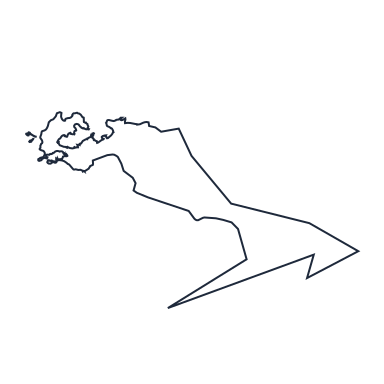 Garðabær, Reykjavík, Iceland (Albers equal-area conic projection), rotated 340°
{"feature_id": "244011B25721014671193", "entity_name": "Garðabær", "entity_type": "district", "adm_level": 2, "iso_a3": "ISL", "parent_name": "Iceland", "parent_adm1": "Reykjavík", "projection": "albers", "projection_center": [-21.974, 64.042], "detail": "fine", "context": "isolated", "style": "outline", "palette": "slate", "viewbox_px": 384, "rotation_deg": 340, "n_neighbors": 0, "source": "geoboundaries", "source_scale": "gbopen_adm2", "svg_char_len": 5665}
<svg xmlns="http://www.w3.org/2000/svg" viewBox="0 0 384 384"><g transform="rotate(340 192 192)"><path d="M224.8,216.3L203.9,157.9L201.2,127.9L183.6,124.8L179.7,118.8L174.3,115.3L175.0,111.7L173.3,110.7L171.6,110.3L169.9,110.2L166.3,110.5L163.8,110.0L163.3,109.8L163.4,109.4L162.0,108.7L157.5,106.0L155.2,105.0L152.6,104.4L153.0,103.0L154.3,101.0L154.5,100.0L151.4,100.6L150.2,100.4L149.6,99.8L149.8,99.2L150.1,98.7L151.5,98.2L150.4,97.8L149.2,98.4L147.8,98.8L145.7,98.3L145.3,98.3L144.9,98.6L142.8,98.6L141.5,97.9L138.5,95.9L137.1,95.6L136.1,96.4L135.2,97.8L134.9,97.8L134.9,99.3L134.7,100.1L134.8,100.9L135.1,101.3L136.7,102.8L137.6,104.4L138.1,104.5L138.5,105.2L138.8,107.1L138.8,107.5L138.6,108.0L138.7,108.9L138.0,109.0L137.7,109.3L137.4,109.8L135.4,111.1L131.4,112.6L130.5,112.4L130.4,111.1L130.5,110.3L130.3,110.0L129.6,110.1L129.3,109.5L129.9,109.2L129.1,109.0L127.3,108.9L126.1,109.3L125.9,109.8L125.9,110.4L126.4,111.0L126.4,111.5L127.1,112.0L126.8,112.2L125.8,112.3L125.4,112.1L120.8,113.4L119.6,113.4L119.6,113.1L119.9,112.5L120.0,111.8L119.0,111.0L118.5,110.2L117.6,109.8L117.5,109.6L117.8,108.8L117.8,108.5L117.4,108.0L117.5,107.7L117.4,107.4L117.0,107.1L117.1,106.8L117.0,106.5L116.8,106.3L116.8,106.0L117.1,105.8L118.3,105.3L118.6,105.0L118.7,104.2L119.4,103.9L119.9,103.4L119.6,103.0L118.7,103.0L118.7,103.7L117.4,103.6L117.5,103.9L117.3,104.2L116.5,104.3L116.0,105.2L115.5,105.6L113.4,105.7L112.6,106.0L112.0,105.9L111.6,106.6L110.9,106.2L109.9,106.2L106.8,106.7L104.4,108.5L103.5,108.2L102.8,108.4L102.7,108.6L102.8,109.2L102.6,109.5L102.0,108.8L101.1,108.9L100.4,108.5L100.5,109.1L100.3,109.5L100.3,110.1L100.2,110.3L100.3,110.7L100.3,110.9L100.1,111.1L99.1,110.5L97.9,110.6L96.9,109.5L96.7,109.6L96.5,110.2L96.2,110.4L94.4,110.1L92.1,108.8L91.0,107.6L90.6,107.5L90.2,107.8L89.9,107.4L90.0,106.9L89.7,106.9L89.3,107.3L89.1,107.1L88.8,106.5L86.9,105.6L83.7,102.8L83.5,102.0L83.4,100.4L83.7,99.8L82.7,99.9L82.7,99.7L82.5,99.3L82.4,99.1L82.7,98.7L84.6,97.1L85.4,96.7L86.4,96.6L88.3,95.2L89.1,94.8L90.4,94.6L91.4,94.8L92.0,95.5L91.6,96.1L93.2,97.3L93.6,97.3L94.9,95.7L96.0,94.9L97.9,94.7L98.1,95.1L97.7,95.7L97.8,95.8L99.5,96.9L100.4,97.1L101.1,97.6L101.5,97.2L101.4,97.0L101.4,96.5L101.6,95.7L102.3,94.7L102.8,94.5L103.9,94.7L104.3,94.5L104.4,93.7L104.3,92.2L103.7,91.0L103.6,90.4L104.0,89.3L105.2,88.5L106.7,88.5L107.8,89.1L108.5,89.8L108.6,90.1L108.7,90.6L108.9,90.8L109.1,92.0L109.8,92.9L110.1,93.9L110.7,94.2L111.0,94.8L111.4,95.0L112.1,94.9L112.3,95.5L112.7,95.6L113.3,96.4L114.2,97.0L115.0,97.1L116.3,97.9L116.7,97.6L115.8,96.7L115.7,96.4L115.8,96.1L116.9,95.2L117.0,94.9L116.8,93.5L117.0,92.4L116.2,91.4L116.1,90.6L115.4,90.5L115.1,89.8L114.4,89.3L114.5,88.6L114.7,88.2L115.7,85.1L115.6,84.9L114.7,84.3L113.9,81.3L112.8,79.7L111.8,79.2L111.1,78.2L108.9,78.0L107.6,77.6L106.9,77.8L106.0,78.5L105.8,78.7L105.9,79.2L105.4,79.7L103.7,80.5L102.4,80.6L100.6,80.1L98.5,80.0L97.7,80.4L97.2,81.5L96.3,81.4L95.6,80.8L95.3,80.4L94.8,79.1L94.7,78.1L94.7,77.0L94.8,76.3L95.7,74.3L96.4,73.1L96.2,72.8L95.1,71.8L92.0,71.8L89.9,74.3L86.6,76.2L83.9,76.3L81.3,77.5L79.2,80.6L77.7,82.2L76.2,83.3L74.6,83.7L72.0,83.6L71.2,84.2L70.1,86.2L68.4,88.2L68.0,89.0L68.0,89.5L68.5,91.3L68.7,92.2L68.6,93.4L68.4,94.2L67.8,94.9L66.8,95.1L66.1,96.0L65.5,96.4L65.3,96.8L64.7,98.6L63.8,99.1L63.5,99.6L63.5,99.9L64.5,101.1L66.2,102.4L66.7,103.1L67.0,104.5L66.9,105.2L66.6,106.2L64.4,108.3L61.1,108.0L60.1,108.4L58.9,108.5L58.4,109.3L58.5,110.0L59.0,110.5L61.2,110.6L61.5,110.5L61.6,110.0L61.7,109.8L64.9,109.4L65.9,109.8L66.6,110.6L66.9,110.7L67.7,110.5L68.1,109.9L67.5,109.4L67.2,108.5L66.9,107.9L66.9,107.6L67.7,107.2L68.8,107.4L70.6,108.2L71.3,107.8L71.8,108.0L72.6,107.9L73.0,108.3L74.4,108.1L74.7,107.7L75.7,107.9L77.3,107.2L78.8,107.2L79.8,107.5L81.1,108.3L81.3,108.7L82.8,108.9L84.0,109.6L84.4,110.3L84.4,110.7L84.7,111.5L84.4,111.9L84.5,112.1L85.1,112.0L84.8,112.4L85.0,112.8L85.0,113.1L85.1,113.5L85.7,113.4L86.4,112.9L86.7,113.0L87.3,114.8L87.3,115.3L87.2,115.5L86.3,115.5L84.7,114.8L82.9,114.6L82.5,115.2L81.2,116.5L81.0,116.3L79.8,116.2L78.0,115.7L77.4,115.8L77.2,115.6L77.1,114.6L76.7,115.3L76.6,115.1L76.7,114.4L76.1,114.4L75.9,114.1L75.8,114.4L75.7,114.5L76.1,115.0L75.7,115.2L75.8,115.6L75.8,115.8L75.1,116.6L74.4,116.5L73.6,116.8L73.1,116.6L72.7,115.8L71.7,115.7L71.0,114.4L70.8,114.4L70.6,114.6L69.6,114.4L69.4,114.3L69.2,113.8L68.6,113.7L68.4,113.2L68.0,113.0L68.3,112.5L67.3,113.1L66.9,113.8L66.2,114.4L66.2,114.6L66.4,115.4L67.1,116.3L68.5,116.9L69.0,117.0L70.0,116.5L72.1,116.6L72.7,116.9L73.3,117.7L74.3,117.8L75.0,117.4L75.9,116.4L76.5,116.3L78.4,116.7L80.8,118.0L82.5,119.4L84.2,121.8L84.8,123.1L85.6,123.7L86.1,124.5L87.9,129.3L88.3,130.2L88.8,130.6L90.5,130.9L92.7,132.4L94.8,133.0L96.2,134.3L96.6,134.9L96.4,135.2L96.4,135.3L96.7,135.2L96.9,135.4L97.5,135.2L97.7,135.5L97.9,135.8L97.9,135.6L98.1,135.5L98.6,135.7L103.0,134.7L103.9,133.8L104.6,133.5L105.2,132.8L108.1,132.6L108.6,131.8L109.6,128.5L125.0,128.4L130.2,129.6L131.7,130.4L133.4,132.3L134.3,133.7L135.3,141.2L135.0,148.8L141.2,158.4L142.0,164.4L137.6,170.6L139.9,173.9L148.8,182.0L182.4,208.7L185.1,217.9L185.9,219.3L186.8,220.1L188.2,220.6L193.5,220.0L195.0,220.2L205.5,224.9L211.8,228.9L218.8,234.1L222.6,242.5L220.3,273.9L129.6,292.8L285.0,292.5L270.7,312.2L328.0,304.5L291.6,261.4L224.8,216.3ZM59.6,80.5L58.9,80.1L58.2,80.8L57.4,80.6L57.0,80.8L56.3,80.5L56.0,80.7L56.0,81.0L56.7,82.4L57.2,82.8L57.7,82.9L58.0,82.4L59.1,82.2L59.7,82.3L60.8,83.2L63.2,86.2L64.9,87.0L63.5,86.1L61.7,84.2L60.0,81.8L59.9,80.9L59.6,80.5ZM60.1,88.5L61.0,87.8L60.9,87.7L59.0,88.5L57.3,88.3L56.3,89.0L56.5,89.5L58.0,89.8L58.4,89.6L58.7,89.1L60.1,88.5Z" fill="none" stroke="#1e293b" stroke-width="2"/></g></svg>